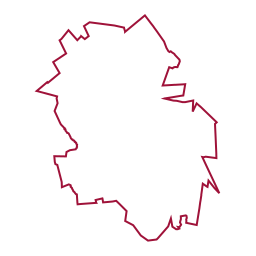 outline of San Francisco de Borja, Chihuahua, Mexico
{"feature_id": "50627088B27910200343909", "entity_name": "San Francisco de Borja", "entity_type": "district", "adm_level": 2, "iso_a3": "MEX", "parent_name": "Mexico", "parent_adm1": "Chihuahua", "projection": "equal_earth", "projection_center": [-106.771, 27.891], "detail": "fine", "context": "isolated", "style": "outline", "palette": "rose", "viewbox_px": 256, "rotation_deg": 0, "n_neighbors": 0, "source": "geoboundaries", "source_scale": "gbopen_adm2", "svg_char_len": 3311}
<svg xmlns="http://www.w3.org/2000/svg" viewBox="0 0 256 256"><path d="M140.8,235.5L148.0,240.6L156.6,239.5L158.0,238.1L168.2,226.4L170.9,218.5L172.4,226.7L176.1,229.2L177.7,229.2L179.3,228.6L178.1,227.0L179.4,227.2L181.1,224.7L180.0,222.4L180.3,221.1L180.9,219.1L180.8,216.3L185.8,215.4L186.5,215.9L186.7,217.4L186.8,217.9L186.2,219.4L186.4,220.9L186.2,222.8L196.7,225.0L199.4,208.3L200.2,202.3L200.5,200.7L201.3,195.4L201.3,194.6L201.9,190.4L202.0,189.5L202.8,183.7L206.9,186.6L207.5,186.9L208.5,180.6L214.5,188.1L219.3,193.2L205.8,164.5L202.3,157.0L203.4,157.2L204.1,157.1L205.7,156.7L216.4,158.1L216.3,154.4L216.3,153.4L215.6,136.9L215.0,123.9L216.7,122.3L200.8,107.0L196.6,103.4L192.7,111.6L193.2,100.5L185.3,102.1L182.4,102.1L176.7,100.8L173.4,100.6L164.4,98.5L164.7,98.4L165.6,98.3L172.6,97.2L180.9,95.8L183.3,95.5L184.4,89.0L185.2,84.2L184.2,84.3L175.5,84.8L174.8,84.8L166.4,85.3L162.7,85.5L169.2,67.2L172.4,68.3L172.5,68.0L172.7,67.9L172.9,67.8L173.2,67.8L173.5,67.6L173.7,67.4L173.8,67.3L174.2,67.2L174.5,67.2L175.0,67.0L175.3,67.0L175.8,67.0L176.1,67.0L176.8,67.2L177.1,67.2L177.3,67.1L177.5,67.1L177.6,66.9L178.2,64.9L178.6,64.6L179.8,61.3L179.6,60.3L179.4,59.6L175.1,55.1L174.3,53.9L171.6,52.1L170.9,51.4L170.6,51.3L169.5,52.0L168.8,51.5L168.4,51.2L166.5,48.0L164.0,41.4L163.6,40.9L157.9,32.8L157.5,32.2L155.1,28.9L154.5,28.1L153.2,26.2L150.3,22.5L149.8,21.8L144.9,15.4L125.1,31.8L125.1,31.7L125.1,31.4L125.0,31.2L124.0,27.8L124.0,27.6L114.4,25.5L89.6,22.3L84.0,26.1L88.7,36.1L84.8,39.1L81.1,36.1L81.0,36.4L77.3,40.2L68.5,30.2L61.4,39.0L59.6,40.3L66.1,53.5L53.2,62.1L59.6,73.1L47.9,82.8L47.3,82.1L36.7,91.0L57.1,96.4L56.6,98.4L57.6,103.2L54.6,111.0L59.9,122.5L60.3,123.3L60.7,124.1L61.4,125.0L63.0,126.6L64.0,127.7L64.4,128.2L64.5,128.2L64.5,128.3L64.3,128.9L64.4,129.1L65.3,129.1L65.5,129.4L65.5,129.7L65.4,130.1L65.5,130.7L66.2,131.4L66.6,131.8L66.6,132.0L66.8,132.5L67.0,132.8L67.4,133.0L67.6,133.0L67.8,133.0L68.1,133.1L68.5,133.3L68.8,133.7L69.0,134.1L69.2,134.6L69.5,135.0L70.1,136.3L70.5,137.0L70.6,137.6L70.9,138.2L71.1,138.5L71.5,138.8L71.8,139.3L72.0,139.3L72.4,139.5L72.7,139.6L72.8,140.0L73.2,140.4L73.5,140.5L73.9,140.5L74.2,140.6L74.3,140.7L74.5,141.2L74.6,141.4L74.6,141.7L74.7,141.9L74.9,142.0L75.3,142.0L75.5,142.4L75.8,142.7L76.1,142.7L76.2,142.8L76.2,143.2L76.2,143.6L76.4,143.9L76.6,144.2L76.7,144.3L76.9,144.5L77.1,144.6L77.1,144.9L77.0,145.2L76.9,145.6L76.8,146.0L76.9,146.4L77.0,146.6L77.1,146.9L77.0,147.1L76.8,147.3L76.7,147.7L76.7,148.0L76.2,148.3L75.7,149.3L69.9,150.2L66.5,152.0L65.9,156.4L54.3,156.2L54.8,161.9L55.4,164.1L57.3,164.9L61.5,181.2L61.7,182.1L61.9,187.2L68.8,184.4L70.6,185.2L70.7,185.5L70.8,186.0L70.6,186.4L70.6,186.7L70.7,186.9L71.0,187.0L71.2,187.3L71.4,187.4L71.6,187.6L71.7,187.9L71.8,188.0L72.0,188.1L72.0,188.4L72.1,188.6L72.2,188.8L72.3,188.9L72.3,189.1L72.4,189.4L72.5,189.5L72.8,189.8L72.9,190.0L73.0,190.2L73.1,190.5L73.2,191.0L73.4,191.2L73.5,191.4L73.8,191.5L74.1,191.9L74.4,192.0L74.5,192.2L75.1,193.1L75.5,193.6L75.8,194.0L76.1,194.2L76.4,194.2L76.8,194.3L76.9,194.6L76.9,194.8L76.9,195.1L77.4,202.7L77.6,204.3L80.7,204.0L95.7,202.9L96.3,202.9L96.2,202.7L95.6,200.0L102.4,198.4L102.5,198.7L103.1,202.4L112.7,201.5L116.2,200.8L119.7,204.2L126.6,211.1L125.2,221.0L133.2,225.2L140.8,235.5Z" fill="none" stroke="#9f1239" stroke-width="2"/></svg>